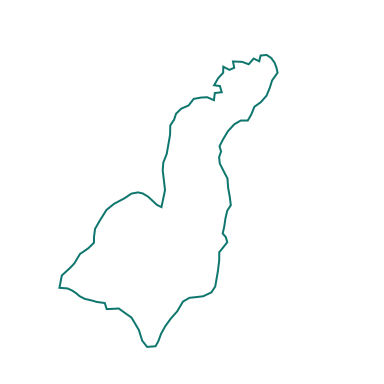 outline of Areiópolis, São Paulo, Brazil, rotated 31°
{"feature_id": "56859067B34609023861166", "entity_name": "Areiópolis", "entity_type": "district", "adm_level": 2, "iso_a3": "BRA", "parent_name": "Brazil", "parent_adm1": "São Paulo", "projection": "robinson", "projection_center": [-48.654, -22.616], "detail": "fine", "context": "isolated", "style": "outline", "palette": "teal", "viewbox_px": 384, "rotation_deg": 31, "n_neighbors": 0, "source": "geoboundaries", "source_scale": "gbopen_adm2", "svg_char_len": 1506}
<svg xmlns="http://www.w3.org/2000/svg" viewBox="0 0 384 384"><g transform="rotate(31 192 192)"><path d="M203.9,45.6L200.4,42.0L196.3,38.7L190.8,36.3L185.4,36.1L180.5,39.7L182.3,45.3L176.1,45.9L174.8,53.3L168.0,54.6L159.9,59.0L164.2,63.8L161.2,68.0L154.3,68.5L157.3,73.7L155.8,81.1L156.0,89.1L161.4,86.8L166.1,91.2L160.6,95.4L163.5,102.0L156.3,102.9L151.1,106.4L145.5,111.3L144.5,119.6L139.8,126.2L138.0,133.1L139.4,139.2L139.1,146.1L143.7,154.2L148.0,165.3L150.7,172.4L152.2,181.4L155.7,188.5L164.0,199.2L167.9,204.3L173.6,220.7L168.5,221.1L156.8,218.6L150.6,218.6L146.0,220.1L140.9,224.6L137.4,232.1L131.3,242.2L127.9,251.5L127.7,264.3L127.9,273.5L131.0,280.7L134.1,286.0L132.1,293.6L127.9,302.8L127.9,313.8L126.6,319.8L123.4,330.6L127.7,342.4L134.9,338.8L139.8,338.2L144.5,338.4L149.4,339.2L155.2,338.8L161.7,336.7L167.2,335.2L174.4,332.1L179.2,336.3L184.8,332.6L189.2,329.6L196.8,330.2L204.8,330.8L217.6,337.7L225.9,345.1L233.3,347.9L240.2,343.0L240.0,337.3L238.5,329.4L238.2,321.0L239.0,311.4L240.8,301.9L240.7,290.6L244.3,284.0L249.1,280.4L255.3,275.6L260.3,268.1L260.6,261.1L255.0,246.6L250.4,236.3L246.4,229.7L247.3,223.0L248.1,216.9L244.3,213.3L239.7,211.8L237.4,204.9L234.3,197.5L231.8,189.7L232.1,183.4L227.2,177.1L220.5,169.4L215.5,162.2L209.3,158.4L201.2,153.3L197.3,148.2L196.0,142.2L192.0,138.6L191.5,130.6L191.5,121.3L193.4,112.1L197.0,105.6L203.0,102.0L202.9,95.2L201.6,86.8L204.7,79.6L206.3,71.0L205.0,62.6L203.2,55.2L203.9,45.6Z" fill="none" stroke="#0f766e" stroke-width="2"/></g></svg>